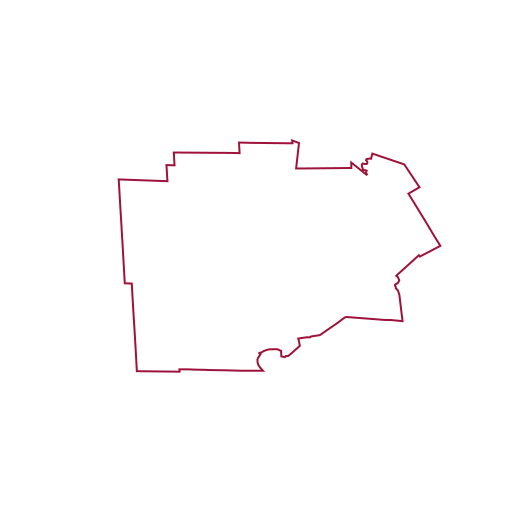 Furculesti, Teleorman, Romania, rotated 219°
{"feature_id": "2599482B14678556390111", "entity_name": "Furculesti", "entity_type": "district", "adm_level": 2, "iso_a3": "ROU", "parent_name": "Romania", "parent_adm1": "Teleorman", "projection": "natural_earth1", "projection_center": [25.141, 43.878], "detail": "fine", "context": "isolated", "style": "outline", "palette": "rose", "viewbox_px": 512, "rotation_deg": 219, "n_neighbors": 0, "source": "geoboundaries", "source_scale": "gbopen_adm2", "svg_char_len": 1965}
<svg xmlns="http://www.w3.org/2000/svg" viewBox="0 0 512 512"><g transform="rotate(219 256 256)"><path d="M410.9,229.1L410.4,228.6L408.8,226.8L406.0,223.8L404.4,222.0L397.2,214.1L388.9,205.0L378.9,194.1L376.6,191.5L369.6,183.9L340.8,152.2L335.2,156.4L317.3,136.7L312.9,131.9L308.2,126.8L306.8,125.3L305.8,124.2L293.2,110.4L276.1,91.5L251.2,111.2L242.6,118.0L244.2,119.7L243.4,120.4L240.3,122.9L235.6,126.6L233.2,128.3L224.3,135.2L220.1,138.3L208.4,147.5L194.8,157.9L178.4,171.2L182.9,172.0L184.3,172.4L185.7,172.8L187.6,174.1L189.7,176.4L190.2,177.8L190.7,182.4L192.1,182.3L192.4,182.8L191.9,183.5L191.3,184.0L190.1,187.1L189.1,188.8L187.8,190.8L186.9,191.8L183.8,194.5L181.0,196.8L179.8,197.3L178.3,197.5L176.9,198.1L173.9,194.8L173.1,193.9L169.9,195.6L169.9,196.9L167.9,198.8L167.6,200.7L167.0,204.0L166.3,208.4L165.9,210.4L165.6,212.9L165.4,213.8L167.7,215.7L171.2,218.5L164.8,225.4L164.1,225.6L163.4,226.4L162.7,227.1L162.6,228.1L156.5,234.8L154.3,242.6L150.5,255.4L148.3,264.2L147.2,265.6L126.2,280.1L116.0,287.1L110.8,291.2L101.4,297.4L101.1,297.6L106.1,302.4L120.1,316.0L121.5,316.9L123.9,318.5L127.0,318.9L128.0,320.0L129.6,320.6L129.9,321.2L129.5,322.4L128.7,324.3L129.3,327.2L132.4,328.9L134.5,328.8L134.3,330.8L129.9,359.1L128.3,358.7L128.1,359.1L127.4,360.8L121.6,374.1L119.1,379.9L129.6,383.5L145.6,389.4L147.6,390.1L167.4,397.1L176.5,400.3L176.8,400.4L172.2,412.3L198.4,420.5L230.0,408.8L227.8,404.0L228.8,403.5L230.4,401.6L231.1,400.8L230.8,399.7L229.5,399.5L228.5,399.1L227.8,397.7L227.9,397.2L229.4,395.9L231.3,395.0L231.3,393.8L230.8,392.9L226.9,390.3L225.5,391.2L223.7,391.9L223.4,391.1L223.1,390.2L222.9,389.6L222.4,389.3L221.9,389.5L221.2,389.3L221.3,388.7L240.8,388.6L237.3,384.4L275.9,352.5L279.9,349.3L282.3,353.0L293.7,370.9L300.6,368.5L298.6,366.6L299.1,366.1L331.2,340.7L340.6,333.5L337.1,329.6L333.5,325.6L339.5,321.0L385.0,284.7L376.4,275.2L382.8,270.3L371.9,258.4L410.9,229.1Z" fill="none" stroke="#9f1239" stroke-width="2"/></g></svg>